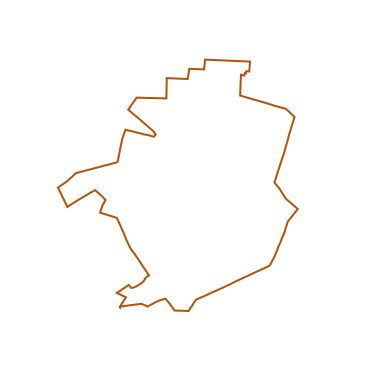 Graniceri, Arad, Romania (Albers equal-area conic projection), rotated 227°
{"feature_id": "2599482B49577309297154", "entity_name": "Graniceri", "entity_type": "district", "adm_level": 2, "iso_a3": "ROU", "parent_name": "Romania", "parent_adm1": "Arad", "projection": "albers", "projection_center": [21.31, 46.505], "detail": "fine", "context": "isolated", "style": "outline", "palette": "amber", "viewbox_px": 384, "rotation_deg": 227, "n_neighbors": 0, "source": "geoboundaries", "source_scale": "gbopen_adm2", "svg_char_len": 2765}
<svg xmlns="http://www.w3.org/2000/svg" viewBox="0 0 384 384"><g transform="rotate(227 192 192)"><path d="M201.3,309.9L204.5,308.0L207.6,306.2L209.4,305.1L211.3,304.0L215.5,301.5L223.3,296.8L229.7,293.0L240.4,303.7L244.3,307.9L241.5,309.7L242.9,311.7L242.1,312.5L243.3,314.0L241.1,316.1L247.8,323.4L279.9,291.8L273.4,284.5L283.9,274.0L277.6,265.9L292.5,251.2L277.9,237.1L298.8,215.8L295.7,201.6L289.8,202.2L281.7,203.2L271.1,204.3L263.4,205.2L258.9,204.7L258.4,201.8L263.2,198.9L266.3,196.6L276.4,190.1L282.9,185.8L278.2,176.9L277.2,175.6L273.3,170.0L264.9,158.4L265.1,156.9L285.0,119.9L285.0,108.4L286.6,97.0L276.6,93.9L271.3,92.3L267.0,91.0L266.1,90.6L265.7,93.0L263.9,102.7L260.5,118.1L259.5,122.4L250.2,123.3L245.1,123.3L243.2,117.4L242.3,115.6L239.6,110.7L224.3,119.4L213.2,115.6L210.0,114.5L208.0,113.8L201.8,111.4L192.7,108.5L185.3,107.7L180.7,107.0L160.3,103.6L160.5,103.0L160.7,102.4L160.8,100.8L160.6,98.4L159.9,96.6L159.7,94.4L160.0,92.0L160.4,89.1L161.2,86.4L162.2,83.6L163.0,82.5L163.8,82.1L167.1,82.4L167.2,82.1L169.4,68.1L160.1,71.9L157.2,60.7L156.4,60.6L156.5,60.9L156.7,62.1L154.4,65.2L152.2,68.4L150.2,71.1L148.3,73.8L146.6,76.2L144.7,78.7L142.2,79.9L140.0,80.9L138.4,81.4L138.3,82.0L137.7,84.6L136.9,87.4L136.2,90.4L135.2,93.3L133.7,96.7L132.1,99.9L131.7,99.9L130.3,99.7L127.3,99.6L124.5,99.3L121.9,99.0L119.6,98.7L117.2,98.4L114.8,100.8L112.5,103.2L110.2,105.4L109.9,105.7L108.8,106.8L107.9,107.7L107.3,108.2L108.1,111.2L108.6,113.9L109.3,116.0L109.7,118.0L110.2,120.3L110.4,121.6L110.1,122.7L109.3,125.1L108.4,127.7L107.5,129.9L106.9,131.6L106.6,132.6L105.8,135.2L104.8,138.3L103.6,141.5L102.8,144.0L101.4,148.1L100.6,150.5L99.8,153.2L98.9,155.8L98.1,158.3L97.9,159.1L97.5,160.6L96.6,163.4L95.7,166.4L94.8,169.0L94.5,170.1L93.7,172.5L92.8,175.0L92.2,177.3L91.0,180.9L90.0,183.9L89.1,186.7L88.1,189.6L86.9,192.8L86.1,195.5L85.2,198.5L85.7,200.1L86.6,202.8L86.9,203.8L87.6,205.8L88.8,208.9L90.3,212.2L91.7,215.2L93.4,218.5L94.5,221.5L95.9,224.4L97.0,226.6L98.5,230.1L100.1,233.3L100.5,233.8L102.0,236.4L103.5,239.2L105.0,241.8L105.4,244.4L105.8,247.5L106.2,250.0L106.6,252.4L106.9,254.1L107.3,257.2L107.5,257.8L109.9,257.5L112.4,257.3L115.0,257.0L119.1,256.5L123.2,256.0L126.7,256.8L129.3,257.2L132.4,257.8L135.4,258.3L136.7,258.4L139.8,258.6L142.7,258.7L143.9,260.9L145.2,263.2L146.5,265.4L147.7,267.6L148.4,268.7L150.4,272.5L152.4,276.2L153.1,277.4L154.4,279.8L155.8,282.3L157.4,285.4L158.8,287.7L160.2,289.9L161.7,292.4L163.2,295.0L164.7,297.4L166.1,299.6L166.3,299.9L167.0,300.9L168.1,302.8L169.2,304.7L170.5,306.9L171.9,309.4L173.2,311.6L174.6,314.0L176.5,317.3L176.6,318.0L176.8,318.2L177.8,318.1L181.5,317.9L187.9,317.5L189.0,317.2L190.9,316.1L193.9,314.2L200.5,310.1L201.3,309.9Z" fill="none" stroke="#b45309" stroke-width="2"/></g></svg>